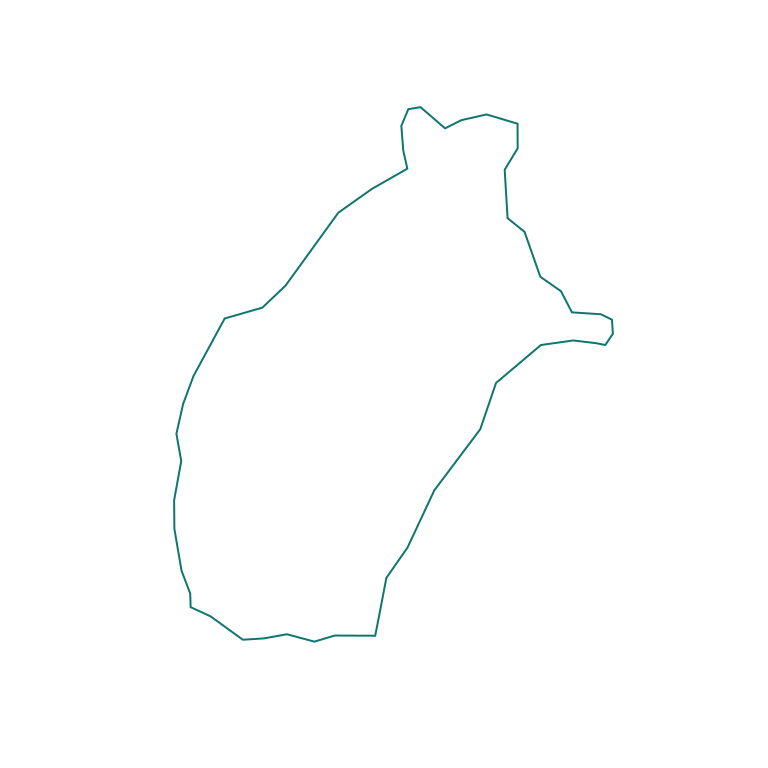 Mefou-et-Akono, Centre, Cameroon, rotated 211°
{"feature_id": "32672807B65731125326388", "entity_name": "Mefou-et-Akono", "entity_type": "district", "adm_level": 2, "iso_a3": "CMR", "parent_name": "Cameroon", "parent_adm1": "Centre", "projection": "robinson", "projection_center": [11.352, 3.593], "detail": "fine", "context": "isolated", "style": "outline", "palette": "teal", "viewbox_px": 768, "rotation_deg": 211, "n_neighbors": 0, "source": "geoboundaries", "source_scale": "gbopen_adm2", "svg_char_len": 799}
<svg xmlns="http://www.w3.org/2000/svg" viewBox="0 0 768 768"><g transform="rotate(211 384 384)"><path d="M261.9,163.7L268.9,183.1L282.1,219.0L279.6,255.9L286.1,318.7L278.2,394.8L288.5,442.6L269.6,498.2L244.2,518.8L222.8,528.4L214.4,531.4L213.7,545.0L221.7,556.5L234.0,555.5L259.8,542.2L280.1,554.7L305.2,556.4L341.9,586.8L363.5,589.8L390.9,629.8L390.8,654.9L403.6,675.9L430.9,668.9L435.0,667.8L453.5,650.1L463.3,634.6L495.3,640.1L504.7,632.1L502.1,614.2L487.7,594.0L474.9,580.6L494.8,545.1L511.4,507.3L518.4,425.5L519.1,417.5L527.6,386.8L554.3,358.1L551.4,292.7L545.9,263.4L536.3,234.4L518.1,213.5L504.0,176.2L489.1,151.9L461.4,119.7L442.2,104.6L434.8,93.1L413.1,95.5L373.3,92.1L355.9,104.1L338.3,119.5L311.0,127.3L296.7,143.0L261.9,163.7Z" fill="none" stroke="#0f766e" stroke-width="2"/></g></svg>